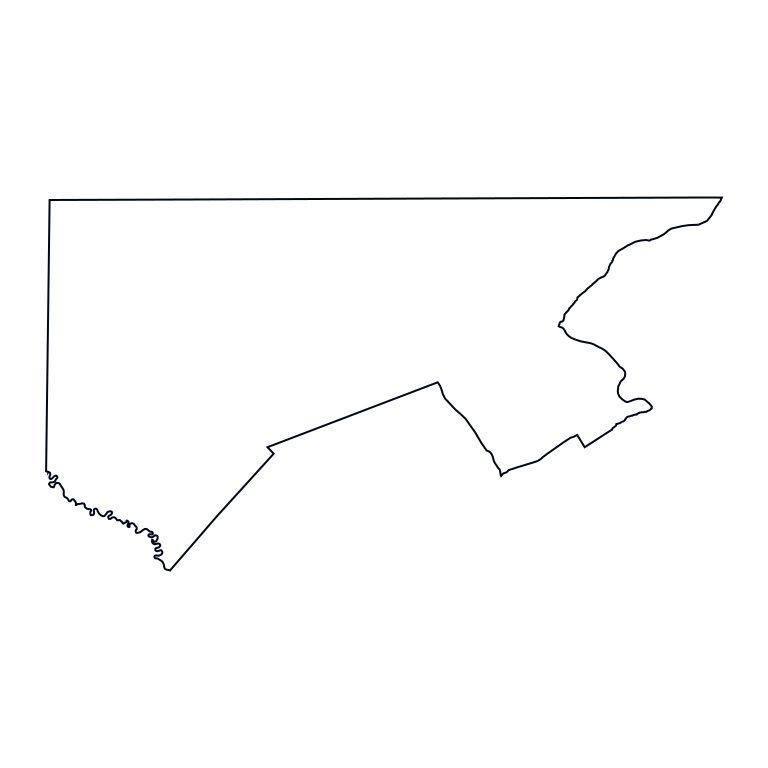 Chavuma, North-Western, Zambia (orthographic projection)
{"feature_id": "96606910B52944150437375", "entity_name": "Chavuma", "entity_type": "district", "adm_level": 2, "iso_a3": "ZMB", "parent_name": "Zambia", "parent_adm1": "North-Western", "projection": "orthographic", "projection_center": [22.463, -13.294], "detail": "fine", "context": "isolated", "style": "outline", "palette": "ink", "viewbox_px": 768, "rotation_deg": 0, "n_neighbors": 0, "source": "geoboundaries", "source_scale": "gbopen_adm2", "svg_char_len": 6021}
<svg xmlns="http://www.w3.org/2000/svg" viewBox="0 0 768 768"><path d="M46.1,471.2L48.2,471.9L48.2,472.2L48.4,471.9L48.9,472.1L49.6,472.5L50.1,473.0L50.3,473.7L50.3,474.5L49.5,476.6L49.4,477.7L49.9,478.7L50.5,478.9L51.2,479.0L52.0,478.5L53.9,476.5L55.1,475.9L56.0,475.7L56.8,476.0L57.3,476.8L57.3,477.8L56.3,478.9L54.8,481.4L54.2,481.9L52.7,482.3L50.8,482.4L49.9,482.6L49.1,483.7L49.1,484.4L49.9,485.5L51.0,486.8L52.2,487.1L53.5,487.3L54.1,486.8L54.5,485.1L55.8,483.3L56.9,482.9L58.0,482.9L58.9,483.2L59.7,483.8L60.8,485.7L62.8,488.6L63.4,489.6L63.7,490.7L63.8,491.6L63.8,492.7L63.7,493.5L63.7,494.5L63.8,495.4L64.5,496.6L65.3,497.2L66.7,497.8L67.7,498.7L69.0,501.0L69.8,501.2L70.6,501.1L71.7,499.6L72.7,499.3L73.5,499.4L74.0,499.8L74.6,500.8L75.5,502.0L75.9,502.7L75.9,505.0L76.4,505.0L76.8,504.4L77.2,504.2L78.0,504.0L79.8,503.9L81.9,503.4L82.6,503.4L84.0,503.7L84.5,504.4L84.8,505.2L84.7,505.8L85.0,507.1L85.6,507.7L87.1,508.8L88.9,509.1L89.6,509.1L90.4,509.3L90.9,509.7L91.1,510.3L91.1,510.8L90.4,511.9L90.2,512.8L90.5,514.7L90.9,515.1L92.0,515.2L92.9,515.0L93.8,514.3L94.0,513.6L94.1,512.4L93.7,510.2L93.9,509.5L94.4,509.1L95.2,508.7L95.9,508.7L96.5,509.0L97.0,509.5L97.4,510.2L97.7,511.1L99.0,513.5L99.9,514.3L101.0,515.4L102.8,516.1L103.6,516.2L104.5,515.9L105.7,514.6L107.2,512.5L108.2,511.7L109.8,511.3L110.7,511.3L111.7,511.7L112.0,512.6L111.9,513.2L111.4,514.4L110.4,515.1L109.3,515.6L108.8,516.0L108.3,516.6L108.2,517.2L108.5,518.1L109.0,518.9L110.0,519.0L111.0,518.5L111.5,518.0L112.2,517.5L113.3,517.3L114.3,517.3L115.4,517.9L117.1,520.1L117.8,520.3L118.5,520.2L119.3,520.0L120.1,520.2L120.8,521.0L121.9,521.8L122.8,523.4L123.2,523.6L123.8,523.4L124.2,522.9L125.5,522.6L126.1,522.3L126.4,521.9L126.5,520.9L126.8,520.6L127.3,520.7L128.2,521.4L128.5,522.0L128.5,522.7L128.3,523.4L127.4,525.4L127.7,526.3L128.0,526.8L128.6,527.1L129.3,527.0L129.6,526.6L129.4,525.1L129.7,524.5L130.2,523.8L131.2,523.3L132.3,523.2L133.3,523.6L134.1,524.2L135.2,525.9L136.4,527.1L136.7,527.7L136.7,529.2L135.9,530.2L135.7,530.7L135.7,531.4L136.1,532.5L136.6,532.8L137.7,532.9L138.7,532.6L140.2,532.1L141.5,531.2L142.3,530.5L144.3,529.2L145.3,528.9L146.3,529.0L147.1,529.3L149.4,531.2L150.4,531.7L151.3,531.8L152.0,532.0L152.5,532.4L152.7,533.0L152.8,533.5L152.8,533.9L152.3,534.2L151.9,534.5L150.2,534.2L149.0,534.3L148.7,534.5L148.4,535.4L148.7,536.3L149.0,536.5L149.8,536.7L150.7,537.2L151.4,537.3L152.4,537.1L153.2,536.7L154.4,535.7L155.2,535.4L156.2,535.4L156.9,535.7L157.5,536.3L157.7,537.0L157.7,537.8L157.6,538.5L156.8,540.0L156.2,541.2L155.2,541.7L154.6,541.8L154.0,541.6L153.6,541.3L153.0,540.1L152.7,539.9L152.2,539.8L152.0,540.1L151.9,540.9L152.2,542.4L152.5,542.8L153.3,543.7L154.2,544.1L155.1,544.2L157.9,543.5L158.7,543.6L159.7,544.1L160.2,544.9L160.2,545.8L159.6,546.6L158.8,547.4L155.8,548.3L155.3,549.0L155.4,550.2L155.5,550.5L156.3,551.0L157.3,551.2L159.5,550.6L160.3,550.2L161.0,550.2L161.5,550.5L162.0,551.3L162.3,552.1L162.2,553.3L161.8,554.1L160.6,555.0L159.0,555.6L158.2,555.7L155.8,555.4L155.1,555.6L154.5,556.2L154.4,556.8L154.7,557.7L155.3,558.3L157.2,558.4L157.6,558.5L161.2,560.7L162.3,561.6L162.8,562.3L163.8,564.5L164.0,565.9L164.5,567.9L164.9,568.8L165.7,569.4L167.8,569.9L169.3,570.2L170.0,570.5L216.5,516.7L273.7,453.7L267.5,447.2L437.7,382.3L440.1,385.9L441.6,389.8L442.8,394.0L444.5,397.4L445.6,399.2L447.6,401.2L455.0,409.2L461.3,414.7L465.4,418.6L474.9,432.0L481.6,443.3L486.6,450.5L489.6,451.8L490.7,452.9L491.6,454.2L492.7,456.6L494.0,461.4L494.8,462.9L498.1,467.9L499.6,469.5L500.2,471.6L500.7,475.3L501.1,476.0L503.3,473.4L506.1,472.5L507.4,471.5L508.6,470.2L510.5,469.5L512.5,468.9L518.2,467.0L534.4,462.1L537.7,461.0L541.2,458.7L542.7,457.2L547.1,453.9L550.4,451.6L563.8,442.1L569.1,438.7L570.4,437.8L573.9,436.7L577.2,435.0L584.7,447.2L612.0,429.6L612.6,428.2L615.6,426.0L616.1,425.3L616.4,424.0L617.4,423.9L620.4,422.9L621.4,422.1L623.7,421.2L624.8,420.2L625.2,419.2L626.0,418.6L626.3,417.8L627.2,417.0L628.2,416.6L629.9,416.3L631.5,415.7L632.4,415.7L633.0,415.2L633.9,414.9L634.5,414.9L635.5,414.5L636.6,414.6L636.9,414.1L637.8,413.7L638.8,412.9L639.3,412.9L639.8,412.6L641.3,412.4L641.9,412.2L643.4,412.3L644.4,412.0L644.8,411.8L646.4,411.8L647.4,411.1L649.4,410.3L650.7,409.3L651.0,408.8L651.7,408.4L651.6,407.5L651.8,407.0L651.8,406.5L649.2,403.4L644.6,399.5L642.2,398.9L638.2,398.7L634.7,399.5L628.7,401.7L627.2,402.1L625.3,401.5L622.2,399.3L619.3,396.4L618.1,393.5L617.8,391.3L618.2,386.7L618.5,385.8L619.4,384.4L620.1,382.5L621.6,380.5L623.6,378.8L624.2,377.8L624.9,376.4L625.3,373.3L624.9,371.7L623.9,370.2L622.7,368.7L619.8,366.8L616.8,362.9L614.5,360.3L609.4,354.7L606.1,351.4L604.4,350.1L602.0,348.6L599.2,347.3L593.0,344.0L590.5,343.2L581.0,341.4L575.1,339.5L571.5,338.0L569.5,336.7L567.0,334.4L566.0,333.0L565.1,331.2L563.7,329.0L562.7,328.0L561.9,327.5L559.8,326.9L558.7,326.2L558.9,325.7L558.9,325.3L559.2,324.9L559.6,323.2L560.1,322.4L560.5,321.9L561.3,321.6L562.2,321.5L562.9,321.1L563.1,320.9L563.5,320.2L563.8,318.8L564.0,318.2L564.4,316.2L564.4,314.6L564.9,314.0L565.4,313.6L566.0,312.8L566.1,312.5L566.8,312.0L567.7,311.1L568.7,309.7L569.1,308.6L569.3,308.2L570.0,307.8L571.1,306.4L572.5,305.2L573.2,304.1L573.5,303.6L573.8,303.5L575.6,300.9L576.5,300.4L577.1,299.7L577.4,297.6L577.9,297.0L578.6,296.6L580.5,294.8L583.1,292.7L585.1,291.3L587.5,288.6L591.9,285.0L593.1,283.7L594.8,282.4L597.3,280.1L598.1,279.2L599.5,278.3L600.6,277.8L601.8,277.2L603.3,276.7L604.7,275.9L605.3,275.1L605.8,274.2L607.4,272.1L607.9,270.7L608.7,269.4L608.9,267.2L610.3,264.1L612.3,261.6L612.3,260.7L613.0,259.8L613.1,258.8L615.9,253.7L617.6,251.8L618.7,250.8L622.7,248.6L628.1,245.2L631.0,244.0L634.9,241.9L640.8,240.5L645.9,240.0L649.5,240.7L650.6,239.8L652.9,239.2L657.4,237.8L664.1,234.1L668.5,230.3L671.3,228.6L682.2,226.1L688.3,225.2L698.6,224.7L707.0,220.9L711.5,215.3L713.2,211.7L716.0,206.8L717.9,204.5L718.4,203.5L719.2,202.2L720.2,201.3L721.9,197.6L706.4,197.5L547.5,198.1L414.5,198.6L192.9,199.5L49.6,200.0L46.1,471.2Z" fill="none" stroke="#020617" stroke-width="2"/></svg>